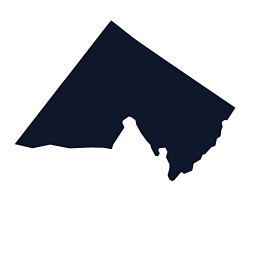 outline of Cecil, United States of America, rotated 308°
{"feature_id": "52423323B74434071620295", "entity_name": "Cecil", "entity_type": "district", "adm_level": 2, "iso_a3": "USA", "parent_name": "United States of America", "parent_adm1": "", "projection": "natural_earth1", "projection_center": [-75.942, 39.542], "detail": "fine", "context": "isolated", "style": "filled", "palette": "ink", "viewbox_px": 256, "rotation_deg": 308, "n_neighbors": 0, "source": "geoboundaries", "source_scale": "gbopen_adm2", "svg_char_len": 1182}
<svg xmlns="http://www.w3.org/2000/svg" viewBox="0 0 256 256"><g transform="rotate(308 128 128)"><path d="M201.7,49.2L197.8,49.1L194.1,49.1L193.5,49.1L128.4,49.3L123.4,49.1L118.3,49.2L84.8,49.3L80.7,49.3L46.7,49.4L53.9,64.8L67.5,76.3L76.6,94.0L91.0,111.0L95.0,116.5L98.0,120.4L101.6,127.3L105.7,125.8L105.9,125.8L111.6,125.3L117.4,124.8L125.8,124.1L127.9,120.1L128.1,119.7L130.5,118.6L134.7,119.9L138.3,121.0L139.4,124.2L139.4,124.9L139.5,129.3L136.3,133.0L132.7,141.6L130.0,151.0L129.2,156.3L126.9,159.4L123.7,166.6L124.7,168.3L127.1,167.9L128.6,164.8L131.4,164.2L131.5,164.2L136.1,168.9L136.1,169.8L136.1,170.3L134.0,174.4L128.9,176.5L125.6,183.4L122.2,186.1L115.7,188.9L113.7,192.3L114.0,195.0L115.5,195.8L127.1,196.3L127.1,200.0L134.0,204.0L140.5,200.8L148.1,203.8L153.6,202.4L154.9,204.1L164.3,204.7L167.8,206.9L174.2,203.8L178.4,205.2L183.0,202.4L186.9,201.0L189.5,197.9L191.2,197.5L194.3,198.6L195.6,200.6L209.3,199.5L208.2,182.8L206.3,154.4L204.8,131.0L204.8,130.6L204.8,130.2L204.3,124.0L202.7,97.6L202.4,93.0L202.2,89.0L202.0,86.0L201.8,81.4L201.6,76.9L201.6,71.3L201.6,67.1L201.6,66.6L201.7,58.7L201.7,49.2Z" fill="#0f172a" stroke="#020617" stroke-width="1.5"/></g></svg>